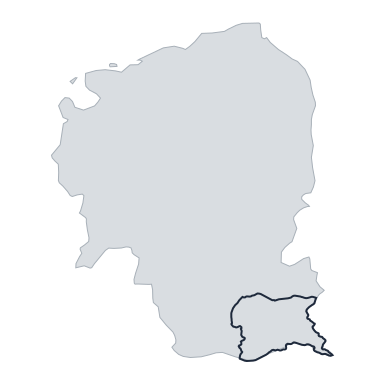 location of Rôtânôkiri within Cambodia, rotated 90°
{"feature_id": "KHM-1795", "entity_name": "Rôtânôkiri", "entity_type": "Province", "adm_level": 1, "iso_a3": "KHM", "parent_name": "Cambodia", "parent_adm1": "", "projection": "albers", "projection_center": [107.133, 13.934], "detail": "fine", "context": "in_parent", "style": "outline", "palette": "slate", "viewbox_px": 384, "rotation_deg": 90, "n_neighbors": 0, "source": "natural_earth", "source_scale": "10m", "svg_char_len": 5989}
<svg xmlns="http://www.w3.org/2000/svg" viewBox="0 0 384 384"><g transform="rotate(90 192 192)"><path d="M355.0,51.5L356.0,55.1L353.3,62.0L350.5,68.2L345.2,73.6L344.9,77.6L343.1,89.5L343.8,93.3L345.0,96.6L346.8,98.3L351.5,109.9L355.7,120.5L359.9,129.2L360.6,134.8L356.8,148.7L352.4,161.5L352.8,167.9L354.7,174.3L356.8,182.8L357.5,193.7L356.4,200.8L354.4,205.3L350.5,209.8L347.2,212.1L343.1,208.3L339.9,208.1L335.5,209.3L332.1,211.0L325.2,217.7L317.4,224.1L306.8,225.8L302.6,230.6L298.2,231.2L289.7,231.4L284.2,232.5L284.4,235.0L284.0,246.3L284.1,249.0L283.2,249.7L279.4,250.0L272.9,248.3L264.1,245.4L257.9,244.9L254.7,249.9L252.8,251.8L250.4,252.1L247.9,253.0L247.1,255.2L246.9,257.9L248.0,262.7L248.4,270.2L248.1,275.3L250.4,278.6L263.7,289.6L267.7,292.3L268.1,293.9L265.8,299.8L267.8,308.2L263.6,308.0L256.6,304.4L253.3,302.2L249.2,303.9L247.8,303.6L245.0,299.5L241.5,295.3L237.8,295.0L229.9,296.6L221.9,297.7L218.9,297.6L217.6,298.4L213.0,304.6L211.0,303.5L203.0,301.1L195.6,300.1L194.1,301.7L194.9,306.8L196.5,311.7L195.5,313.8L191.5,316.4L186.1,321.1L182.8,324.7L180.5,325.6L172.4,325.3L164.2,325.7L161.0,329.1L157.9,331.8L155.2,332.5L144.7,323.8L123.7,320.6L121.5,316.8L119.5,316.0L117.5,320.9L105.8,325.4L101.1,322.5L97.6,319.0L98.1,314.8L101.5,311.5L107.3,309.1L110.1,300.5L105.9,289.4L102.1,286.1L98.1,283.5L93.8,287.5L90.1,294.5L86.3,298.1L81.1,298.8L73.4,298.4L70.5,287.8L69.7,278.8L70.9,268.5L72.2,262.5L64.9,253.9L64.7,245.9L61.2,241.7L60.1,243.8L60.1,246.1L59.1,244.4L47.9,220.7L46.2,209.8L48.3,201.4L49.5,198.6L46.3,194.2L41.6,189.1L33.4,182.3L33.0,171.9L31.4,159.6L29.0,155.4L25.3,147.8L23.4,141.5L23.0,125.0L24.1,123.7L30.0,123.3L37.6,122.2L38.8,119.6L37.6,117.4L42.5,113.7L49.5,105.6L55.0,97.2L59.0,91.8L61.4,86.5L69.3,79.0L80.1,73.9L87.4,72.8L95.0,71.1L102.2,68.7L105.7,68.5L114.6,71.7L119.5,72.6L124.6,72.6L129.9,73.0L134.5,72.8L145.6,70.7L157.3,72.6L167.7,71.4L180.7,69.0L187.0,70.6L192.8,73.2L193.5,78.2L194.8,80.5L196.8,82.3L199.3,82.3L202.7,78.9L205.4,75.3L206.4,74.6L206.5,76.4L207.8,80.3L210.2,84.2L212.7,86.8L216.9,90.2L219.6,90.4L228.4,87.2L241.7,92.0L243.2,94.4L247.5,99.2L252.1,102.6L262.5,102.9L266.2,94.5L264.4,89.4L258.6,80.4L257.0,75.1L258.9,74.2L268.9,73.3L270.5,72.2L272.7,66.5L275.4,67.1L280.9,67.9L286.8,64.0L290.3,59.8L292.2,61.7L294.2,64.6L296.5,66.3L300.7,68.8L305.3,72.4L308.2,75.8L310.5,77.2L316.5,76.2L318.0,76.3L321.5,72.2L323.9,69.9L326.0,70.5L328.9,70.5L335.1,65.1L338.7,60.3L340.6,58.9L346.1,61.4L348.4,60.9L351.6,54.1L355.0,51.5ZM66.8,273.9L65.7,274.5L64.6,274.5L63.5,273.5L63.7,269.7L64.5,267.4L66.4,267.0L66.8,273.9ZM83.8,311.4L81.4,313.9L77.7,308.6L77.8,307.1L83.8,311.4Z" fill="#d9dde1" stroke="#a8b0b8" stroke-width="1"/><path d="M355.1,51.5L355.8,53.3L355.5,54.9L354.0,58.3L353.9,59.3L354.2,61.2L354.1,62.3L353.8,63.0L352.9,64.4L352.6,65.3L352.5,65.7L352.3,66.6L351.5,68.3L351.0,69.3L350.2,70.0L348.9,70.3L348.5,70.1L348.3,69.7L347.9,69.4L347.1,69.7L346.6,70.1L346.4,70.7L346.3,71.3L346.1,71.9L344.8,74.2L344.4,75.4L344.3,76.7L344.4,77.3L345.0,78.6L345.1,79.2L345.1,79.9L344.8,82.2L342.7,88.4L342.4,90.0L342.6,90.7L343.2,91.4L343.9,92.5L344.1,93.8L343.9,95.2L343.8,96.5L344.6,97.7L345.6,98.1L348.0,97.8L349.0,98.2L349.4,98.9L349.5,99.5L349.4,100.1L349.4,100.7L350.3,102.7L350.4,103.0L350.5,103.8L350.4,104.6L350.0,105.3L349.7,106.4L350.4,108.4L350.3,109.0L349.9,110.4L349.9,111.1L350.2,112.1L351.5,113.5L352.1,114.5L352.2,114.8L353.7,116.4L354.8,118.0L360.1,128.4L360.6,130.8L361.0,137.2L360.7,139.2L358.7,144.2L358.1,144.4L357.6,144.3L355.8,144.0L355.4,143.9L355.2,143.8L354.5,143.6L354.3,143.5L354.1,143.4L353.9,143.1L353.6,142.9L353.1,142.6L352.5,142.0L352.1,141.8L351.9,141.8L351.6,142.2L351.4,142.4L351.1,142.5L350.4,142.8L349.9,143.0L349.2,143.2L349.0,143.3L348.8,143.4L348.5,143.6L348.2,144.1L347.8,144.5L347.5,144.7L346.2,145.3L345.6,144.9L345.7,144.5L345.3,144.2L344.7,143.0L344.4,142.7L342.9,142.7L342.2,142.8L341.6,143.1L340.9,142.3L340.0,140.2L339.3,139.5L338.2,139.2L337.6,139.8L337.3,140.8L336.7,141.8L334.9,142.8L331.0,142.3L328.8,143.1L328.3,142.6L327.5,142.6L327.3,142.6L327.2,142.6L326.4,143.5L326.2,143.7L326.2,143.9L326.1,144.2L326.1,144.4L326.3,144.9L326.5,145.2L326.7,145.6L326.9,146.0L327.0,146.2L327.3,147.1L327.4,147.6L327.4,147.8L327.3,148.1L327.3,148.3L327.2,148.5L327.0,148.9L326.9,149.2L326.7,150.4L326.6,150.7L326.5,150.8L326.2,151.1L324.8,152.3L324.4,152.5L324.0,152.6L323.8,152.5L323.6,152.4L323.5,152.2L323.3,152.1L323.1,152.0L322.1,152.1L320.5,152.4L320.1,152.4L319.8,152.4L319.1,152.4L317.1,152.7L316.1,152.7L313.5,152.7L312.4,152.5L308.3,151.0L305.2,148.9L303.0,146.5L300.5,144.9L300.1,144.6L296.9,141.5L297.4,140.4L297.4,139.6L297.4,139.3L297.3,139.0L297.3,138.8L297.2,138.6L296.7,138.1L296.5,137.6L296.4,137.0L296.6,134.5L296.5,133.8L296.4,133.1L295.7,132.1L295.2,129.6L294.2,127.9L294.0,127.4L293.7,127.0L293.5,126.6L293.6,125.0L294.0,123.3L300.1,111.9L300.2,111.4L300.1,109.9L300.6,109.2L300.4,108.4L299.3,105.1L298.3,96.0L297.6,93.1L297.1,92.5L296.6,91.9L296.2,91.3L295.8,90.4L295.7,89.6L295.7,88.8L296.5,83.8L296.6,83.4L297.0,82.4L297.1,81.6L297.8,79.7L298.1,78.3L298.1,77.1L297.9,76.0L297.6,75.0L297.3,73.9L296.8,72.5L296.8,71.8L296.9,71.0L297.7,68.3L297.8,68.0L297.9,67.8L298.7,68.2L303.3,69.6L303.6,69.9L304.1,70.4L304.4,70.8L304.9,71.8L307.1,74.9L308.8,76.6L309.7,77.3L310.6,77.6L311.5,77.7L314.0,76.3L314.3,76.0L314.7,75.8L315.3,75.7L315.9,75.9L317.1,76.7L317.8,76.8L318.5,76.6L318.8,76.3L318.8,75.8L319.5,74.2L320.3,74.0L320.6,73.8L321.8,71.9L323.7,69.6L323.7,69.3L323.9,69.2L324.7,69.6L325.8,70.4L326.3,71.2L327.0,71.5L328.4,71.1L330.3,69.8L332.1,68.2L332.6,67.2L333.0,66.0L333.5,65.3L334.4,65.3L335.4,65.4L336.0,65.1L336.6,63.8L336.8,62.5L336.9,62.0L337.1,61.7L337.8,61.3L338.2,61.0L339.3,59.4L340.3,58.5L341.4,58.6L343.1,59.9L344.3,60.9L345.0,61.2L346.2,61.4L347.6,62.1L348.4,62.1L349.2,61.5L349.4,61.0L349.4,60.4L349.3,59.8L349.3,59.3L349.5,58.8L350.0,58.2L350.2,57.8L350.7,56.3L351.1,55.9L352.1,55.4L354.2,52.3L355.1,51.5Z" fill="none" stroke="#1e293b" stroke-width="2"/></g></svg>